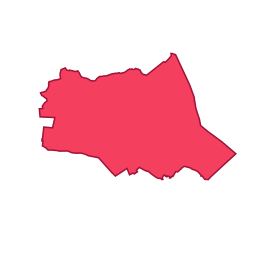 Bodesti, Neamt, Romania, rotated 333°
{"feature_id": "2599482B65662709621675", "entity_name": "Bodesti", "entity_type": "district", "adm_level": 2, "iso_a3": "ROU", "parent_name": "Romania", "parent_adm1": "Neamt", "projection": "natural_earth1", "projection_center": [26.436, 47.042], "detail": "fine", "context": "isolated", "style": "filled", "palette": "rose", "viewbox_px": 256, "rotation_deg": 333, "n_neighbors": 0, "source": "geoboundaries", "source_scale": "gbopen_adm2", "svg_char_len": 3516}
<svg xmlns="http://www.w3.org/2000/svg" viewBox="0 0 256 256"><g transform="rotate(333 128 128)"><path d="M205.4,201.9L212.4,199.9L205.3,182.8L197.8,167.9L193.8,158.7L194.5,156.5L194.7,155.6L195.4,153.4L195.3,153.1L195.6,152.8L195.6,152.3L195.7,152.1L196.7,145.3L196.8,145.2L197.0,143.6L197.3,142.0L197.4,141.7L197.4,141.2L197.9,139.7L198.7,137.2L199.3,135.5L199.6,134.7L199.6,134.4L199.2,134.0L199.8,133.2L200.0,133.2L200.3,132.3L200.6,131.5L200.8,131.3L201.1,129.5L201.1,129.2L202.5,118.0L203.7,84.3L203.6,84.1L203.1,84.2L202.9,83.7L202.6,83.1L202.0,82.6L201.6,82.0L201.5,81.9L200.1,81.1L199.9,81.9L199.8,82.4L199.0,83.4L198.3,83.9L197.8,84.0L194.8,85.2L191.0,86.4L190.4,85.7L189.9,85.1L168.6,89.4L168.2,89.1L167.3,88.2L166.6,87.8L165.6,86.7L165.1,85.4L165.2,84.6L164.9,83.9L165.0,83.6L165.0,83.1L165.1,81.8L164.7,81.5L164.3,81.0L163.8,80.2L163.1,79.6L162.3,78.9L161.7,78.3L161.3,78.5L160.4,78.7L159.5,78.4L158.8,78.0L158.4,77.2L157.2,77.0L156.3,76.1L155.6,76.3L154.2,76.2L152.9,76.5L150.8,76.8L149.5,76.8L148.7,76.5L147.6,76.3L146.1,75.9L145.6,75.4L145.1,74.6L144.6,74.5L143.1,74.4L141.8,73.5L140.3,73.2L139.7,72.9L138.4,72.5L138.1,72.4L137.2,72.4L134.9,72.0L133.4,71.9L131.8,71.5L130.1,70.7L128.8,70.3L127.1,69.8L126.8,69.5L126.3,69.2L125.6,69.3L124.2,69.5L122.8,69.8L121.3,70.5L121.1,70.7L120.0,70.8L119.8,70.8L119.4,70.8L119.2,70.7L117.6,69.8L116.3,68.8L114.7,66.1L113.6,64.8L111.9,63.6L111.5,63.3L110.1,61.8L109.7,60.9L109.5,60.7L109.6,57.0L109.3,54.4L109.1,54.2L108.7,54.2L108.0,54.2L106.3,53.5L106.2,53.3L104.2,51.5L102.5,50.2L102.1,49.8L101.9,49.8L101.3,50.0L101.0,49.8L100.6,49.4L99.7,48.6L99.4,46.0L94.9,45.6L94.2,46.3L93.4,47.4L92.6,48.1L91.2,50.6L90.7,52.4L90.2,53.4L88.0,53.1L86.8,52.9L84.1,51.8L82.1,51.6L80.5,51.5L79.8,51.0L78.3,51.1L77.2,52.7L76.8,54.2L75.5,55.4L74.9,56.1L74.3,56.4L73.3,56.8L72.9,57.0L72.5,57.2L71.6,58.0L66.0,56.9L65.9,57.7L65.9,59.8L66.4,60.6L66.9,61.1L67.0,61.4L67.4,62.4L67.5,63.0L67.9,63.5L68.8,65.2L68.6,66.1L68.4,66.9L66.3,67.6L65.4,67.6L61.6,69.6L61.0,71.9L57.7,70.6L54.7,78.2L67.6,85.5L60.8,93.6L53.4,88.9L46.8,99.0L46.3,98.8L45.4,100.5L46.4,101.1L44.3,104.1L43.6,105.1L45.0,107.1L46.4,109.7L46.3,110.7L47.0,111.5L47.7,111.8L50.3,113.2L55.0,116.2L56.1,117.3L63.8,121.1L66.7,124.5L68.6,125.8L71.1,127.3L72.4,127.9L74.8,129.0L78.2,132.2L79.9,134.5L88.3,141.2L93.3,160.3L95.0,165.1L108.8,163.6L108.1,170.4L109.2,170.4L112.3,170.5L112.7,171.8L116.6,171.3L116.5,170.9L116.4,170.4L116.2,169.9L116.1,169.6L116.3,169.5L120.1,168.2L120.2,168.5L120.4,168.6L120.5,168.8L121.0,169.4L122.3,171.3L123.7,173.3L125.0,174.9L126.5,176.1L127.7,179.0L130.1,183.8L131.7,186.2L133.1,187.2L133.7,187.5L134.3,187.8L134.6,189.2L135.1,189.4L135.7,189.6L135.9,188.6L136.1,188.0L136.8,187.2L138.6,186.3L139.2,186.6L139.4,187.0L139.4,187.5L139.4,188.0L139.5,188.1L140.2,188.1L140.3,189.0L140.5,189.1L141.0,189.1L141.2,188.9L141.3,188.9L141.6,188.8L141.9,189.0L142.2,189.3L142.4,189.6L142.8,190.2L143.0,190.5L142.9,190.8L142.6,191.1L142.3,191.3L142.5,191.6L142.9,191.7L143.2,191.7L143.4,191.8L143.8,191.6L144.0,191.4L144.5,191.4L145.0,191.4L145.4,191.4L145.5,191.1L145.7,190.9L146.0,190.8L146.4,191.0L146.6,191.3L150.7,188.5L151.4,189.0L151.9,189.4L152.3,189.7L153.8,189.3L158.4,188.0L158.9,187.9L159.4,187.7L159.8,187.8L160.7,187.7L161.4,188.3L162.6,189.3L163.2,189.9L165.4,191.8L166.5,194.0L168.2,195.5L170.0,197.9L170.9,200.0L171.5,203.3L171.2,204.0L172.4,204.7L173.0,208.5L176.0,210.4L179.0,209.3L180.6,208.8L202.3,202.7L205.4,201.9Z" fill="#f43f5e" stroke="#9f1239" stroke-width="1.5"/></g></svg>